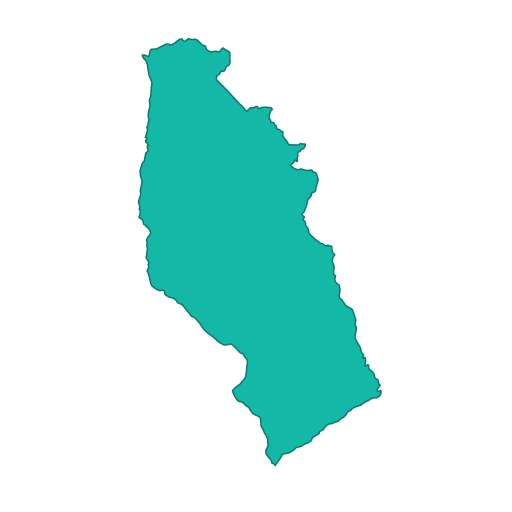 Florencia, Cauca, Colombia, rotated 100°
{"feature_id": "7082276B30849628494153", "entity_name": "Florencia", "entity_type": "district", "adm_level": 2, "iso_a3": "COL", "parent_name": "Colombia", "parent_adm1": "Cauca", "projection": "mercator", "projection_center": [-77.092, 1.698], "detail": "fine", "context": "isolated", "style": "filled", "palette": "teal", "viewbox_px": 512, "rotation_deg": 100, "n_neighbors": 0, "source": "geoboundaries", "source_scale": "gbopen_adm2", "svg_char_len": 6099}
<svg xmlns="http://www.w3.org/2000/svg" viewBox="0 0 512 512"><g transform="rotate(100 256 256)"><path d="M372.7,110.2L370.3,109.2L367.7,109.2L367.2,109.5L367.0,110.2L368.2,112.5L367.4,113.5L365.5,113.1L363.0,111.6L361.8,111.4L361.4,111.6L360.5,112.9L357.0,114.2L355.6,117.4L353.6,118.6L351.9,119.1L351.2,119.7L349.7,121.5L347.4,125.2L346.4,125.7L344.1,126.1L343.8,126.4L343.8,127.3L345.4,129.3L345.2,129.7L339.7,130.0L337.5,130.5L337.2,131.2L338.1,132.2L338.0,132.7L337.2,133.0L335.6,132.6L334.7,132.9L333.3,134.8L332.6,135.3L331.5,136.1L328.9,136.9L328.2,137.3L321.9,142.6L319.8,144.0L317.5,144.6L309.7,144.4L308.3,145.0L307.8,146.1L307.4,146.4L305.4,146.6L301.3,146.7L293.1,151.1L291.9,152.1L291.3,152.9L290.5,156.1L289.4,158.5L288.7,159.5L284.0,164.1L283.1,166.0L282.5,166.6L280.3,167.3L275.4,167.2L270.8,168.7L269.9,169.5L269.1,171.5L267.4,173.5L265.6,174.3L263.4,174.3L262.8,174.1L261.9,174.2L260.6,176.3L260.0,176.6L252.7,177.3L251.3,177.9L248.9,179.7L247.7,180.0L244.0,180.0L241.2,178.6L239.4,180.9L238.1,181.7L236.1,182.5L233.8,182.9L233.3,183.5L233.3,185.7L232.8,187.1L234.0,188.6L233.7,189.9L232.7,191.7L232.1,195.0L228.6,201.8L226.6,204.8L225.1,207.1L224.4,207.6L220.1,209.5L217.1,212.3L214.0,213.4L211.8,216.0L211.1,216.1L210.0,215.2L209.2,215.1L208.8,215.5L207.9,217.6L207.2,218.2L206.8,218.2L204.4,216.4L203.3,216.0L201.3,215.9L199.6,215.4L196.8,214.9L191.6,214.8L190.9,214.5L189.4,213.3L187.5,212.2L183.9,211.8L183.3,211.1L183.0,209.7L182.1,209.0L181.3,208.7L178.1,208.9L176.1,208.6L174.4,208.6L171.2,208.0L168.9,208.3L167.8,209.2L164.2,210.8L163.5,212.1L163.2,214.6L162.9,215.1L162.2,215.2L161.8,215.8L161.8,217.1L162.7,219.4L162.9,220.9L163.0,222.8L162.5,226.1L162.5,227.4L163.2,228.1L163.6,229.0L163.7,230.6L163.4,232.9L161.7,236.5L160.6,237.9L160.1,237.9L158.8,236.2L157.7,235.4L154.9,234.4L154.8,233.8L155.7,232.7L155.5,231.8L154.5,231.9L153.2,232.5L152.2,232.5L150.7,232.1L147.0,232.9L146.3,232.6L145.5,230.7L144.9,230.4L143.6,230.3L142.5,228.7L141.1,227.3L139.4,226.8L137.4,226.7L137.2,228.2L137.7,229.7L137.5,231.7L138.5,232.6L139.6,234.6L140.0,238.3L140.3,239.4L140.2,240.1L140.7,241.4L140.7,242.7L140.1,243.6L137.5,245.7L135.1,248.6L133.7,249.7L133.4,250.3L132.7,250.6L129.5,250.9L129.2,251.1L128.9,251.7L128.7,253.0L127.4,254.8L127.4,256.5L127.2,257.2L126.7,257.9L125.4,258.2L124.5,258.7L124.1,259.0L123.7,260.2L121.8,261.6L121.5,263.2L121.9,264.4L121.8,264.8L119.6,265.2L118.5,266.9L115.9,267.5L113.6,267.3L110.1,266.5L109.0,265.4L108.4,265.7L107.5,266.6L107.5,269.2L107.9,273.6L108.8,276.3L110.3,278.3L110.0,279.2L108.7,280.7L108.6,281.6L110.5,284.5L110.9,285.7L110.8,286.9L111.1,287.3L114.4,289.6L114.9,290.5L114.7,291.0L110.7,296.0L108.5,299.4L95.4,316.8L89.5,325.3L89.0,325.6L87.6,325.8L85.6,325.7L83.0,323.4L81.5,323.2L80.6,322.7L79.9,321.7L79.6,320.0L78.9,319.0L77.0,318.7L74.6,318.0L72.6,315.9L71.0,315.2L69.3,315.2L65.6,316.2L60.3,317.0L59.9,317.4L59.0,319.1L58.3,321.9L56.9,324.2L57.1,325.0L57.4,325.4L60.8,327.1L61.4,327.7L61.3,330.4L61.5,331.9L62.6,334.5L62.9,336.0L62.5,337.6L61.7,339.8L61.2,340.5L59.7,341.6L58.0,342.2L57.5,345.8L53.7,350.8L53.1,353.8L53.2,354.6L53.8,355.4L54.0,356.2L53.7,359.9L54.3,361.0L56.5,362.7L57.0,363.7L56.7,364.8L55.2,366.7L55.3,367.8L55.9,368.8L58.0,371.0L60.5,373.0L61.6,374.6L62.6,375.2L62.9,376.2L62.6,378.6L62.9,381.3L69.3,389.9L70.7,395.2L71.8,395.8L77.5,396.1L78.1,396.4L78.2,397.3L77.6,399.5L77.5,400.9L77.9,402.8L79.2,402.3L80.5,401.2L83.1,398.1L84.5,397.1L87.2,395.9L88.9,395.5L96.8,392.6L102.6,388.9L103.8,388.4L104.6,388.3L105.4,388.5L106.8,388.2L108.3,388.5L109.6,388.1L112.0,388.0L114.8,387.4L117.3,387.5L120.9,388.1L126.6,386.4L132.1,386.9L136.2,386.6L140.4,385.3L145.4,385.1L148.3,385.8L150.4,384.7L151.2,384.7L154.6,385.2L156.2,385.1L158.3,385.6L158.9,383.8L159.6,383.8L161.5,384.7L162.7,384.5L163.4,383.8L163.7,382.7L164.7,382.2L165.2,381.0L165.6,381.0L166.8,382.2L167.4,382.1L170.7,380.5L171.3,380.5L172.6,381.6L174.1,382.4L177.2,382.4L178.2,382.6L181.3,382.5L182.2,382.8L184.5,384.1L192.6,385.1L194.0,384.4L196.4,384.0L202.7,381.0L211.4,381.3L214.2,380.5L216.0,380.3L217.9,380.4L220.9,381.0L222.3,381.0L223.6,380.9L228.1,378.8L230.4,379.1L231.3,378.1L232.6,377.6L234.0,377.5L238.0,377.9L238.5,377.7L238.9,377.1L239.4,374.8L240.7,373.7L244.2,372.1L244.7,371.4L244.9,369.8L246.2,369.1L247.4,366.5L250.6,364.1L251.4,363.8L253.2,364.0L255.8,365.6L258.5,366.4L259.7,366.4L261.8,365.4L264.5,365.4L268.3,364.0L272.5,364.2L274.1,363.8L276.0,364.0L276.9,363.8L278.7,362.1L281.0,360.4L282.2,360.4L283.5,360.8L284.3,359.9L285.4,359.7L290.0,360.6L291.0,359.5L293.0,358.4L301.8,354.6L303.0,353.7L303.9,352.7L305.2,350.2L306.5,347.0L306.7,344.9L306.7,344.0L305.8,341.7L305.9,340.6L309.3,339.1L310.3,337.8L311.6,334.4L312.0,329.7L313.3,327.2L315.2,325.4L315.8,324.3L316.8,320.1L326.6,309.0L327.1,306.4L328.0,304.7L331.8,300.0L337.6,294.4L340.2,290.3L343.0,284.4L347.2,277.7L349.1,272.4L349.1,271.5L348.7,269.7L347.5,266.9L347.1,265.2L347.5,263.9L350.4,259.4L353.3,255.9L354.1,254.4L354.9,251.3L356.0,250.6L360.1,246.6L362.3,245.9L367.3,245.8L371.8,245.3L376.8,245.2L380.2,246.5L381.6,247.7L385.1,249.6L388.1,252.6L390.4,254.5L392.7,255.6L393.4,255.6L398.6,251.9L400.5,250.2L401.8,248.5L402.2,246.9L402.2,244.2L402.9,242.9L404.8,240.6L406.3,236.9L409.4,234.4L411.5,231.8L412.3,230.5L413.3,226.1L414.5,223.5L422.8,221.4L427.0,217.9L428.6,217.2L430.2,215.5L432.9,213.6L433.3,213.0L434.4,212.5L437.6,212.2L440.5,211.0L445.4,212.5L447.0,212.3L449.4,211.5L451.3,209.5L454.4,205.8L455.7,204.9L457.1,204.4L457.3,204.1L457.6,202.4L458.9,200.6L456.1,199.5L450.6,196.8L447.0,195.6L446.4,195.1L444.0,189.2L440.7,185.3L437.7,183.1L436.8,181.6L436.5,180.3L435.5,178.3L433.0,175.6L430.9,172.3L427.9,169.3L425.4,169.0L424.8,168.6L420.4,163.5L419.4,162.9L417.8,162.9L415.3,159.7L412.4,158.4L409.7,156.1L408.6,154.6L407.8,151.8L407.0,150.8L406.0,150.0L405.1,147.3L404.6,146.6L401.5,144.2L399.6,141.7L396.4,139.6L394.5,139.1L393.2,138.3L391.7,136.2L390.0,135.0L388.4,133.4L387.6,132.3L384.8,127.1L380.4,122.8L379.4,121.0L375.9,116.9L375.5,116.2L374.8,112.7L373.9,111.4L372.7,110.2Z" fill="#14b8a6" stroke="#0f766e" stroke-width="1.5"/></g></svg>